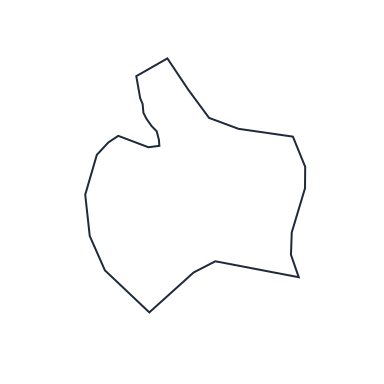 outline of Gornja Radgona, rotated 59°
{"feature_id": "SVN-927", "entity_name": "Gornja Radgona", "entity_type": "Municipality", "adm_level": 1, "iso_a3": "SVN", "parent_name": "Slovenia", "parent_adm1": "", "projection": "natural_earth1", "projection_center": [15.951, 46.64], "detail": "fine", "context": "isolated", "style": "outline", "palette": "slate", "viewbox_px": 384, "rotation_deg": 59, "n_neighbors": 0, "source": "natural_earth", "source_scale": "10m", "svg_char_len": 528}
<svg xmlns="http://www.w3.org/2000/svg" viewBox="0 0 384 384"><g transform="rotate(59 192 192)"><path d="M196.5,77.0L228.7,82.0L247.0,93.2L278.1,127.4L278.3,127.5L296.8,139.5L320.0,144.4L263.4,207.7L261.8,232.0L273.2,290.6L214.3,307.0L177.0,302.3L139.3,284.9L111.1,254.4L106.4,238.0L105.9,226.3L131.2,206.3L135.6,196.2L130.5,193.6L121.9,191.0L114.5,192.7L105.9,193.3L99.2,192.9L91.1,189.0L84.9,188.1L64.0,180.1L64.8,144.3L102.6,142.5L137.3,139.2L161.8,119.6L196.5,77.0Z" fill="none" stroke="#1e293b" stroke-width="2"/></g></svg>